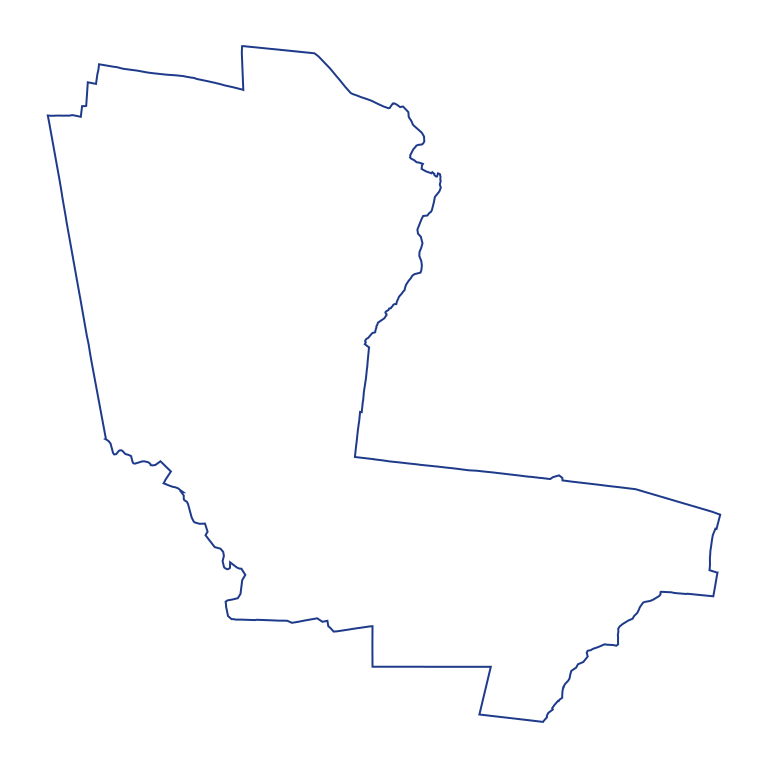 Luis Moya, Zacatecas, Mexico
{"feature_id": "50627088B79504464197086", "entity_name": "Luis Moya", "entity_type": "district", "adm_level": 2, "iso_a3": "MEX", "parent_name": "Mexico", "parent_adm1": "Zacatecas", "projection": "robinson", "projection_center": [-102.22, 22.434], "detail": "fine", "context": "isolated", "style": "outline", "palette": "blue", "viewbox_px": 768, "rotation_deg": 0, "n_neighbors": 0, "source": "geoboundaries", "source_scale": "gbopen_adm2", "svg_char_len": 5973}
<svg xmlns="http://www.w3.org/2000/svg" viewBox="0 0 768 768"><path d="M451.0,666.8L490.8,666.8L479.4,714.5L543.0,721.9L543.1,721.6L547.0,717.2L546.8,715.9L548.1,713.2L548.6,712.7L552.8,709.5L552.2,708.2L554.5,704.9L558.0,700.9L558.6,701.1L559.6,699.6L562.2,697.8L562.2,695.7L562.5,691.0L563.3,687.2L563.6,687.3L564.4,685.0L564.7,684.6L565.7,683.3L568.1,680.8L569.5,678.6L570.3,674.4L571.3,670.9L576.2,667.6L577.9,664.3L583.3,662.0L587.7,656.5L586.7,652.6L587.7,650.8L590.7,650.2L592.8,648.9L598.1,647.1L604.6,644.3L607.0,644.7L612.8,645.0L616.4,645.7L618.1,644.3L618.0,640.1L618.1,637.9L617.9,635.6L617.9,634.3L618.4,631.8L618.2,628.8L619.6,626.5L622.7,624.0L628.4,620.5L632.6,618.7L634.1,616.0L637.3,612.9L639.0,609.4L639.8,607.3L643.1,602.6L644.9,601.9L650.0,601.0L653.1,599.7L655.6,598.2L659.2,596.0L660.4,594.6L660.6,592.0L661.4,591.8L671.3,592.3L674.0,592.9L676.7,593.2L686.4,594.0L687.0,593.7L713.3,596.3L714.8,588.0L716.1,580.4L717.3,573.5L717.5,572.6L717.2,572.6L709.5,570.2L710.0,565.2L709.9,557.5L710.1,556.1L710.4,550.8L711.2,545.6L711.9,540.4L712.8,535.2L715.4,528.7L716.5,529.0L720.2,514.7L712.3,511.8L635.6,489.2L618.3,487.1L608.5,486.0L596.8,484.5L596.5,484.5L584.6,483.1L571.6,481.6L562.5,480.4L562.3,477.9L559.1,475.4L553.1,477.1L550.8,478.6L550.3,479.0L547.7,478.8L545.8,478.5L542.9,478.2L542.7,478.1L540.4,477.9L538.7,477.8L537.9,477.6L534.2,477.2L529.7,476.7L529.4,476.7L529.2,476.8L520.7,475.7L492.5,472.4L485.6,471.7L476.3,470.7L468.8,470.3L462.5,469.5L456.5,468.7L450.2,468.0L445.5,467.5L437.8,466.6L426.0,465.4L420.1,464.8L416.5,464.3L408.8,463.5L400.1,462.5L391.5,461.6L389.6,461.4L382.2,460.3L373.9,459.3L373.9,459.2L354.9,457.0L356.1,446.0L356.7,441.2L357.8,430.9L358.8,423.4L359.1,421.7L359.6,417.0L360.1,411.9L361.7,412.2L361.8,411.3L362.9,401.1L363.1,400.7L363.7,394.3L363.8,392.5L363.8,392.4L366.0,378.1L366.0,377.9L366.6,372.0L367.1,367.5L367.2,367.3L367.2,367.2L367.5,363.7L367.5,363.4L367.8,360.0L369.0,347.6L369.1,347.4L364.8,344.2L365.8,342.4L365.1,341.1L365.3,340.7L365.7,339.8L366.4,338.9L368.1,338.0L372.0,333.4L372.9,332.8L374.6,332.6L375.2,332.1L375.4,330.6L375.9,328.9L376.4,327.7L376.4,326.2L377.4,324.6L377.9,322.7L382.1,319.8L383.6,318.9L384.4,318.1L385.1,317.3L385.7,316.1L386.5,315.2L386.5,314.1L385.8,313.5L385.4,312.3L386.1,311.4L388.5,310.0L389.2,308.5L390.9,308.2L391.3,307.3L392.1,306.7L393.4,304.7L395.0,304.0L396.3,304.1L396.9,301.6L399.1,296.6L401.8,293.5L403.0,291.8L404.6,290.1L404.9,288.5L405.9,285.0L408.5,281.0L410.9,278.1L412.1,275.9L414.4,274.2L420.5,272.6L421.3,270.4L421.9,265.7L421.3,261.0L420.3,258.6L419.3,255.9L419.5,251.9L421.1,248.2L422.5,243.3L420.8,236.7L418.0,233.7L417.4,229.6L419.3,224.8L421.3,219.7L423.1,216.0L427.4,215.5L429.3,213.0L431.0,211.8L431.9,210.1L433.9,202.2L434.9,196.9L439.3,191.5L440.8,187.7L439.8,184.4L440.7,181.1L440.3,179.8L440.5,176.8L439.9,174.1L438.0,173.3L437.1,176.4L436.3,176.6L434.6,175.3L434.1,174.2L434.3,173.8L432.3,172.2L431.5,173.3L426.0,171.4L421.6,168.9L422.0,165.4L422.9,163.9L419.1,162.6L416.5,162.2L414.5,160.4L411.1,158.6L410.0,157.5L410.4,156.3L410.2,155.3L413.3,149.3L415.5,146.9L416.3,145.7L418.1,144.9L421.8,144.5L422.9,143.7L423.2,143.4L424.3,141.4L424.0,136.5L421.8,132.7L417.3,128.7L413.9,125.7L412.8,124.5L411.8,121.9L410.9,120.2L409.6,118.4L408.7,116.8L408.4,112.2L404.4,107.9L402.9,106.5L400.1,107.1L396.6,104.5L394.1,103.3L392.1,104.5L392.1,104.4L392.0,104.5L389.7,108.0L388.4,108.2L383.1,106.3L380.3,105.0L376.7,103.3L372.1,101.0L367.9,99.4L362.8,97.7L360.9,97.1L359.0,96.3L356.6,95.4L352.6,94.0L350.8,93.1L349.1,91.2L347.7,89.6L345.1,86.7L339.7,80.0L337.6,77.5L335.8,75.4L334.0,73.2L330.0,68.4L318.5,56.4L314.5,53.3L243.0,46.1L242.1,46.2L241.8,52.7L243.3,89.9L242.8,89.7L235.0,87.7L232.5,87.1L231.1,86.8L228.0,86.1L226.1,85.7L224.4,85.3L220.9,84.3L219.4,83.9L216.7,83.3L215.0,82.8L212.0,82.2L207.2,81.1L196.5,78.9L195.2,78.3L194.2,78.1L193.2,77.8L191.2,77.6L188.0,77.0L186.0,76.7L183.9,76.2L178.7,75.6L175.6,75.3L172.4,75.1L165.7,74.6L154.7,73.4L148.0,72.6L137.1,70.6L124.8,69.0L124.2,68.9L122.4,68.6L117.1,67.2L112.0,66.5L102.9,64.9L99.0,64.3L98.5,69.3L97.4,74.1L96.0,83.9L87.8,82.3L86.2,105.9L85.3,106.1L82.1,106.1L80.8,116.8L76.0,115.8L72.4,115.1L68.8,115.7L65.6,115.6L63.8,115.7L60.0,115.6L57.0,115.6L51.7,115.8L50.0,115.7L47.8,115.5L49.1,122.2L59.7,180.9L60.2,184.0L60.5,185.6L61.7,192.8L62.3,197.0L66.1,218.9L66.2,220.0L77.3,282.1L80.4,299.2L86.8,335.6L88.6,344.2L90.1,353.5L90.5,355.9L91.7,362.6L105.9,438.9L105.4,439.1L106.9,439.9L108.7,441.2L110.5,443.5L111.5,447.1L112.2,449.7L113.0,452.8L114.1,454.4L116.0,454.2L117.0,453.2L118.5,451.2L119.9,450.3L121.5,450.3L123.0,451.4L124.9,453.6L125.9,454.2L127.9,454.7L129.7,455.4L131.2,456.2L131.5,457.8L132.4,461.3L132.9,462.7L133.6,463.4L135.1,463.6L142.2,461.4L144.3,461.3L146.3,461.8L148.1,462.2L149.3,463.0L150.3,463.9L150.7,465.1L152.5,465.4L155.3,465.0L160.5,461.3L170.9,471.5L165.4,479.9L164.3,482.2L163.6,483.3L166.2,484.3L168.5,485.3L172.7,486.8L175.4,487.3L178.2,488.4L180.6,490.4L183.0,492.1L181.2,492.0L183.7,495.4L183.8,499.3L184.5,500.3L186.9,501.8L188.1,504.3L191.6,517.3L193.5,521.2L194.6,522.4L199.6,523.8L205.0,523.6L207.6,531.8L206.6,533.3L205.5,535.2L214.7,547.1L220.5,548.7L223.2,551.9L223.9,555.9L222.6,561.0L223.9,566.7L224.5,567.8L227.0,569.2L228.2,569.1L230.0,567.9L230.1,562.3L237.0,567.6L239.8,568.7L241.4,568.7L245.3,574.9L242.2,580.2L240.5,593.9L237.8,598.2L232.4,599.5L227.5,600.4L225.6,601.7L226.1,605.3L226.0,606.2L228.0,616.0L231.5,619.1L234.3,619.2L235.4,619.6L240.5,619.6L255.2,620.1L256.2,619.8L260.2,619.9L270.9,620.3L280.1,620.7L285.1,620.7L287.4,620.8L289.2,621.6L290.1,622.0L291.8,622.8L294.0,622.5L296.2,622.1L297.6,621.9L305.3,620.4L313.9,618.9L317.2,618.3L321.7,621.3L322.4,621.8L327.4,620.8L328.3,626.2L330.4,628.0L333.7,631.6L337.1,631.3L341.8,630.6L347.1,629.8L347.9,629.7L352.6,628.9L353.5,628.8L357.8,628.1L360.3,627.8L367.1,626.8L369.0,626.5L372.5,626.2L372.4,645.8L372.5,666.7L451.0,666.8Z" fill="none" stroke="#1e3a8a" stroke-width="2"/></svg>